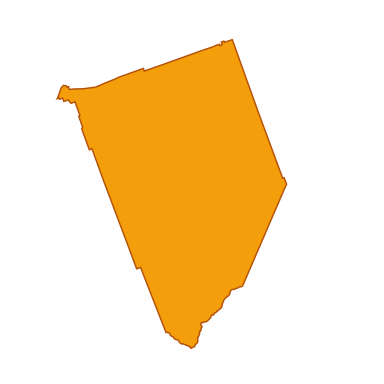 San Bernardino, California, United States of America, rotated 69°
{"feature_id": "52423323B23069932539838", "entity_name": "San Bernardino", "entity_type": "district", "adm_level": 2, "iso_a3": "USA", "parent_name": "United States of America", "parent_adm1": "California", "projection": "orthographic", "projection_center": [-115.127, 34.84], "detail": "fine", "context": "isolated", "style": "filled", "palette": "amber", "viewbox_px": 384, "rotation_deg": 69, "n_neighbors": 0, "source": "geoboundaries", "source_scale": "gbopen_adm2", "svg_char_len": 3596}
<svg xmlns="http://www.w3.org/2000/svg" viewBox="0 0 384 384"><g transform="rotate(69 192 192)"><path d="M297.7,178.3L284.3,165.2L284.2,165.1L274.8,155.9L274.7,155.9L273.4,154.6L265.5,146.8L261.2,142.7L260.9,142.3L259.1,140.6L257.5,139.0L257.4,139.0L256.4,138.0L256.3,137.9L247.7,129.5L245.2,127.0L240.3,122.3L238.4,120.4L238.2,120.2L237.4,119.4L237.2,119.3L236.7,118.7L229.9,112.1L220.2,102.6L220.1,102.4L218.5,101.0L218.5,100.9L211.7,100.9L211.6,102.4L140.5,101.5L64.2,99.8L63.9,108.1L62.6,108.1L62.5,110.9L65.3,111.0L65.2,113.7L63.8,113.7L63.9,122.1L63.4,132.9L63.1,149.9L62.7,166.8L62.0,193.2L59.2,193.1L58.9,207.2L58.6,218.4L59.0,224.1L59.1,233.9L59.2,236.8L59.3,237.3L59.4,239.4L59.6,244.2L58.7,248.0L58.0,250.8L56.8,255.9L56.7,256.2L55.4,260.2L54.5,262.7L53.9,264.2L52.3,269.7L51.1,269.8L49.4,269.4L49.3,269.8L49.3,271.2L47.9,271.2L46.4,273.9L47.9,276.8L55.9,283.6L56.4,284.2L56.2,282.5L57.9,282.6L58.0,279.2L61.5,279.2L61.7,274.7L65.8,273.2L65.9,270.3L65.9,268.9L68.6,269.0L80.5,269.2L80.7,270.6L80.8,270.6L88.7,270.8L92.3,270.9L93.3,272.3L100.6,272.5L101.9,272.5L115.8,272.7L115.8,269.9L132.5,270.2L149.0,270.5L165.8,270.6L190.9,270.8L214.0,270.9L243.9,271.2L244.0,267.0L251.0,267.0L313.9,266.6L314.0,265.9L314.4,265.4L314.6,264.9L315.0,264.3L315.4,263.9L315.7,263.7L316.2,263.5L316.5,263.5L317.4,263.7L318.3,263.1L319.1,262.9L319.3,262.8L319.8,262.4L320.1,261.7L320.4,261.4L320.8,261.3L321.7,261.3L322.6,261.1L322.9,260.9L323.6,260.3L325.1,258.2L325.5,257.8L326.5,257.7L327.1,257.8L328.2,257.5L329.0,256.9L329.2,256.6L330.1,256.2L330.3,256.0L330.5,255.5L330.4,254.8L330.4,254.6L330.6,254.5L331.2,254.1L331.5,253.8L331.8,253.5L333.1,252.0L334.1,251.1L334.3,250.9L334.4,250.6L334.5,250.4L335.1,250.1L335.3,249.8L335.3,249.6L335.4,249.4L335.6,249.3L335.8,249.3L336.1,249.3L336.6,249.2L336.8,249.2L337.2,249.2L337.4,249.0L337.6,248.8L337.6,248.5L337.5,248.3L337.4,247.8L337.4,247.5L337.4,247.1L337.2,246.4L337.1,245.7L337.3,245.2L337.2,245.0L337.0,244.7L335.7,243.6L334.8,241.5L334.5,241.0L334.1,240.6L333.8,240.3L333.5,240.1L333.0,240.0L332.3,239.5L331.2,239.4L330.2,239.1L329.9,238.8L329.6,238.0L328.7,237.2L328.4,236.9L328.1,236.8L327.2,235.7L326.9,235.6L325.9,235.5L325.4,235.3L325.3,235.2L325.1,235.0L325.0,234.8L325.0,234.1L324.8,233.8L324.3,233.3L323.4,232.7L322.8,232.4L322.3,232.3L321.9,231.5L321.7,231.2L321.2,230.9L319.9,231.1L319.3,231.3L318.5,231.4L318.3,231.3L318.1,231.1L317.5,230.3L317.4,230.1L317.4,229.9L317.7,229.1L317.8,228.6L317.9,228.4L317.7,227.4L317.8,226.7L317.9,226.4L318.1,225.6L318.1,224.7L317.9,223.5L317.2,222.2L315.9,219.6L314.6,218.6L314.0,217.5L314.0,217.1L313.9,217.0L314.2,216.8L314.3,216.7L314.4,215.7L314.0,215.3L313.2,214.7L313.0,213.9L313.0,213.7L313.1,213.1L313.0,212.7L312.8,212.3L312.4,211.8L312.2,211.6L312.2,211.3L312.1,211.1L312.2,210.6L312.2,210.4L312.1,210.2L312.0,209.9L311.9,209.8L311.9,209.5L311.8,209.3L311.4,208.5L311.1,208.0L310.9,207.0L310.8,206.5L310.7,206.1L310.6,205.9L310.4,205.9L310.2,205.8L309.8,205.7L309.4,205.4L309.1,204.8L309.0,204.7L308.7,204.5L308.1,204.2L307.5,204.0L307.0,203.7L306.7,203.3L306.6,203.0L306.3,202.7L306.0,202.3L305.2,201.7L304.6,201.3L304.2,200.8L303.7,200.2L302.7,198.2L302.4,197.1L302.3,196.2L301.9,195.2L301.5,194.2L301.0,193.7L300.4,193.1L300.1,192.9L298.9,192.2L298.5,191.9L298.0,191.3L297.7,190.7L297.5,189.5L297.5,189.1L297.6,188.6L298.0,187.4L298.0,187.0L297.8,186.1L297.8,185.7L297.8,185.2L298.0,184.4L298.0,184.0L298.0,183.8L297.9,183.2L297.6,182.4L297.6,181.9L297.6,181.5L298.0,180.4L298.1,179.8L298.1,179.3L298.0,179.0L297.7,178.3Z" fill="#f59e0b" stroke="#b45309" stroke-width="1.5"/></g></svg>